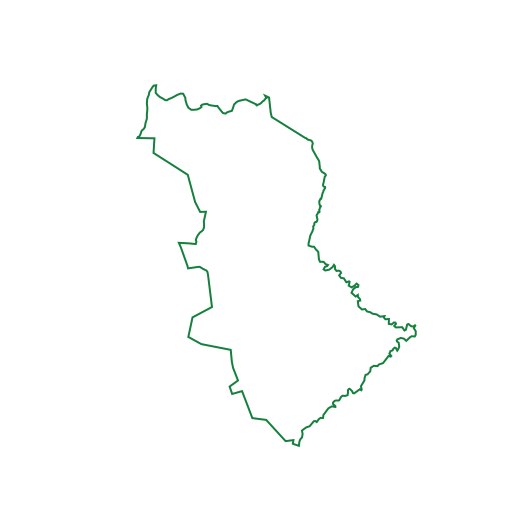 San Juan Comaltepec, Oaxaca, Mexico, rotated 32°
{"feature_id": "50627088B18833881773629", "entity_name": "San Juan Comaltepec", "entity_type": "district", "adm_level": 2, "iso_a3": "MEX", "parent_name": "Mexico", "parent_adm1": "Oaxaca", "projection": "robinson", "projection_center": [-95.952, 17.329], "detail": "fine", "context": "isolated", "style": "outline", "palette": "green", "viewbox_px": 512, "rotation_deg": 32, "n_neighbors": 0, "source": "geoboundaries", "source_scale": "gbopen_adm2", "svg_char_len": 4803}
<svg xmlns="http://www.w3.org/2000/svg" viewBox="0 0 512 512"><g transform="rotate(32 256 256)"><path d="M393.0,394.3L391.2,390.5L390.7,388.1L391.2,385.5L389.8,382.2L387.5,379.7L387.8,378.7L389.5,374.6L391.7,372.0L392.6,365.5L393.7,364.5L395.5,364.6L395.7,361.2L396.5,359.1L398.7,357.8L397.4,355.1L398.1,346.8L400.0,343.3L403.3,342.0L402.8,341.2L399.8,340.7L399.0,339.5L399.4,337.3L400.4,336.1L402.4,335.0L403.0,334.2L402.8,330.2L403.5,328.6L405.8,327.4L407.4,325.5L406.5,323.3L405.1,321.1L405.2,319.7L405.8,319.0L407.0,319.2L409.1,319.7L410.9,320.9L412.0,320.5L414.7,313.9L416.4,314.1L416.5,313.4L414.0,310.8L413.9,304.2L412.6,301.5L411.9,298.7L413.3,297.3L414.0,293.3L412.5,289.9L414.1,286.7L417.4,285.0L417.7,282.9L420.5,279.5L421.4,270.5L423.5,270.0L423.7,269.1L420.9,268.1L420.4,265.4L421.9,263.6L421.6,262.4L422.2,260.2L423.4,259.9L425.9,261.4L426.0,259.5L425.5,256.9L422.9,253.9L421.2,253.8L420.2,253.3L420.0,251.9L422.2,248.8L425.2,247.7L428.4,248.3L429.7,243.2L430.5,241.6L433.3,240.1L433.2,238.2L431.3,235.1L428.1,233.6L427.9,229.8L426.8,232.3L424.9,233.4L421.3,232.9L420.5,234.0L422.2,239.1L421.4,240.5L417.7,238.9L412.4,242.5L410.3,242.1L410.7,239.4L409.5,238.6L408.2,239.3L407.3,242.1L404.6,243.2L402.1,239.0L399.2,241.1L397.0,240.4L396.8,238.9L393.4,241.7L389.3,241.6L385.4,243.2L382.9,243.1L379.4,244.2L376.8,243.1L374.2,245.2L369.6,244.4L366.3,240.4L368.0,238.5L366.7,237.3L364.2,236.7L363.0,235.1L362.0,237.6L356.5,236.6L356.0,232.8L357.2,229.5L358.9,228.1L358.3,226.4L355.9,226.1L355.2,229.1L353.7,231.9L350.3,232.0L349.1,228.3L348.3,228.2L346.6,230.4L342.3,228.4L339.6,229.5L336.8,228.4L337.1,225.4L335.9,224.4L334.0,224.5L332.2,226.0L330.1,225.3L328.2,222.7L326.8,222.2L326.8,224.8L325.4,228.7L322.4,231.6L320.4,231.5L320.2,228.7L321.7,226.8L321.8,225.5L319.1,226.0L316.5,225.1L313.3,227.0L311.0,225.3L306.6,219.5L303.0,218.6L300.4,217.4L298.4,218.5L295.0,219.3L293.8,217.3L293.1,215.0L291.9,211.8L291.2,209.7L291.1,208.6L290.9,206.7L290.8,205.1L290.4,204.0L290.3,202.9L290.1,202.2L289.0,200.9L288.8,200.1L288.9,199.4L289.0,198.8L288.6,198.2L288.1,197.4L288.1,196.3L288.4,195.6L289.0,195.5L289.2,195.0L289.3,194.3L289.2,193.7L289.0,193.1L288.4,192.0L287.9,191.6L287.2,191.0L286.8,190.4L286.0,189.7L285.8,189.2L285.7,188.5L285.9,187.6L285.7,186.6L285.5,185.9L286.0,185.6L286.4,185.5L286.5,184.8L285.8,184.3L285.5,183.7L285.1,183.3L285.2,182.9L285.0,182.1L284.4,180.4L284.8,179.7L284.4,179.2L283.1,179.1L282.1,178.1L280.6,176.0L280.5,174.1L280.3,173.1L280.5,172.9L280.9,172.8L280.3,170.7L279.7,169.0L279.2,167.7L279.1,166.2L278.8,165.3L278.6,164.9L278.6,163.7L278.6,161.7L278.0,160.9L277.0,161.2L276.0,161.0L275.3,160.5L274.7,159.0L274.5,158.1L274.1,157.0L273.4,155.4L272.3,152.3L272.5,151.2L272.4,150.4L271.9,149.9L270.9,149.8L270.4,149.6L268.9,149.7L267.7,149.8L266.6,149.5L266.0,149.0L265.5,148.7L264.4,148.4L263.4,147.6L262.9,146.6L261.8,145.3L259.4,142.2L258.4,141.6L256.3,140.5L255.5,140.2L253.8,139.2L248.3,136.2L247.4,135.6L245.7,133.7L245.2,132.6L245.0,132.1L244.6,130.6L243.4,129.5L242.4,129.0L241.3,128.9L239.8,129.3L238.9,129.7L237.6,129.9L236.6,129.4L235.4,129.8L195.7,129.8L192.5,126.6L183.1,114.7L178.8,115.2L181.1,116.5L180.7,117.3L180.5,118.8L180.4,120.0L179.8,121.2L179.5,122.4L179.3,123.4L178.6,125.2L177.6,126.4L177.3,127.2L176.9,127.9L176.4,127.9L176.0,127.6L175.8,127.3L164.2,128.7L159.3,133.5L158.0,135.6L157.1,139.1L158.1,142.8L158.6,145.7L157.0,147.4L155.2,149.7L154.8,151.3L152.3,152.3L149.5,151.4L145.0,149.8L143.8,149.2L142.4,150.3L140.1,151.2L137.9,152.2L136.0,152.8L133.8,152.9L131.4,154.9L130.2,156.2L129.7,157.6L130.8,158.5L130.2,160.1L128.9,162.4L126.1,164.8L123.7,166.3L119.9,166.1L119.4,165.6L117.2,164.4L113.7,161.3L112.3,159.4L108.3,157.0L106.0,158.2L103.6,161.5L102.2,164.1L100.6,166.8L98.9,169.1L98.0,171.1L96.4,171.9L92.9,171.9L89.9,172.1L86.6,171.5L84.5,170.8L82.8,168.1L81.6,165.8L80.9,164.1L78.9,165.8L78.7,168.3L78.7,173.7L79.7,176.1L80.5,180.5L82.5,184.3L85.6,188.3L86.8,190.5L88.4,193.7L90.7,197.4L91.8,201.6L93.5,205.8L93.4,208.0L92.8,209.6L92.7,210.9L93.3,212.9L93.6,214.9L93.7,216.6L92.8,217.6L92.9,218.8L107.5,210.0L114.5,222.9L155.1,223.3L175.8,242.5L185.3,248.2L190.1,245.0L193.5,254.5L194.7,255.9L195.5,257.2L196.3,258.4L196.9,259.9L197.3,261.9L196.9,263.6L196.4,264.9L196.0,265.8L195.8,267.9L195.7,269.2L195.8,270.9L196.0,272.4L196.3,273.6L196.7,274.6L197.1,274.8L197.8,275.3L198.2,276.5L198.6,277.8L197.3,278.4L192.5,280.8L183.6,285.7L187.7,288.5L203.0,300.6L204.9,302.5L206.7,301.0L213.1,295.6L214.1,295.0L218.0,295.0L221.7,294.6L223.2,295.2L225.2,297.3L245.7,322.6L234.7,341.7L241.5,360.5L256.3,359.7L284.3,349.0L291.5,358.4L295.7,362.9L306.7,371.1L302.8,380.7L308.9,385.6L315.8,378.0L338.8,395.4L339.7,395.0L351.5,389.6L379.2,397.3L385.3,392.3L386.7,395.7L393.0,394.3Z" fill="none" stroke="#15803d" stroke-width="2"/></g></svg>